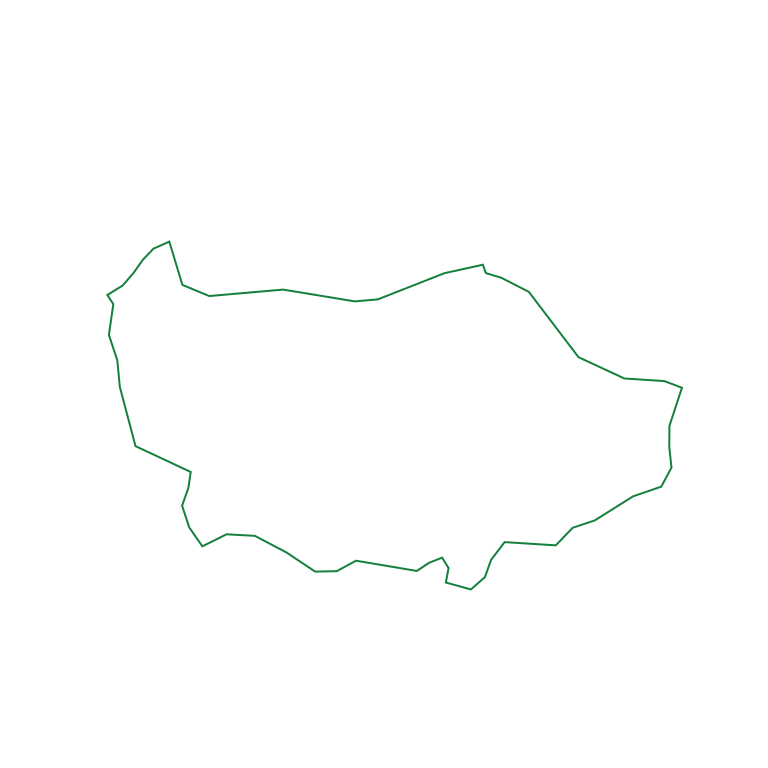 Rutana, orthographic projection, rotated 235°
{"feature_id": "BDI-2634", "entity_name": "Rutana", "entity_type": "Province", "adm_level": 1, "iso_a3": "BDI", "parent_name": "Burundi", "parent_adm1": "", "projection": "orthographic", "projection_center": [30.114, -3.886], "detail": "fine", "context": "isolated", "style": "outline", "palette": "green", "viewbox_px": 768, "rotation_deg": 235, "n_neighbors": 0, "source": "natural_earth", "source_scale": "10m", "svg_char_len": 838}
<svg xmlns="http://www.w3.org/2000/svg" viewBox="0 0 768 768"><g transform="rotate(235 384 384)"><path d="M615.6,208.4L614.6,226.4L618.7,242.8L624.1,257.7L627.1,272.8L623.8,289.8L580.8,275.7L556.3,291.3L519.2,355.5L468.4,407.5L456.9,427.4L440.1,497.1L425.0,533.4L424.6,533.3L416.4,531.1L403.6,541.1L376.4,555.5L294.4,558.7L250.7,584.0L225.6,615.3L210.0,625.9L185.9,593.7L168.5,581.4L150.6,571.5L140.9,552.3L149.1,523.7L151.4,478.3L158.0,456.1L153.3,432.2L185.3,392.1L178.5,370.8L167.9,355.9L165.9,337.3L185.9,320.8L196.2,331.3L208.4,332.0L211.7,318.3L212.0,303.7L255.3,259.7L257.8,237.9L269.8,220.0L301.9,207.5L333.7,191.1L351.2,168.8L355.2,142.1L378.3,142.2L400.1,148.8L411.2,164.3L422.8,175.2L475.6,144.8L533.3,166.0L556.3,179.1L582.0,186.8L604.7,208.1L615.1,208.4L615.6,208.4Z" fill="none" stroke="#15803d" stroke-width="2"/></g></svg>